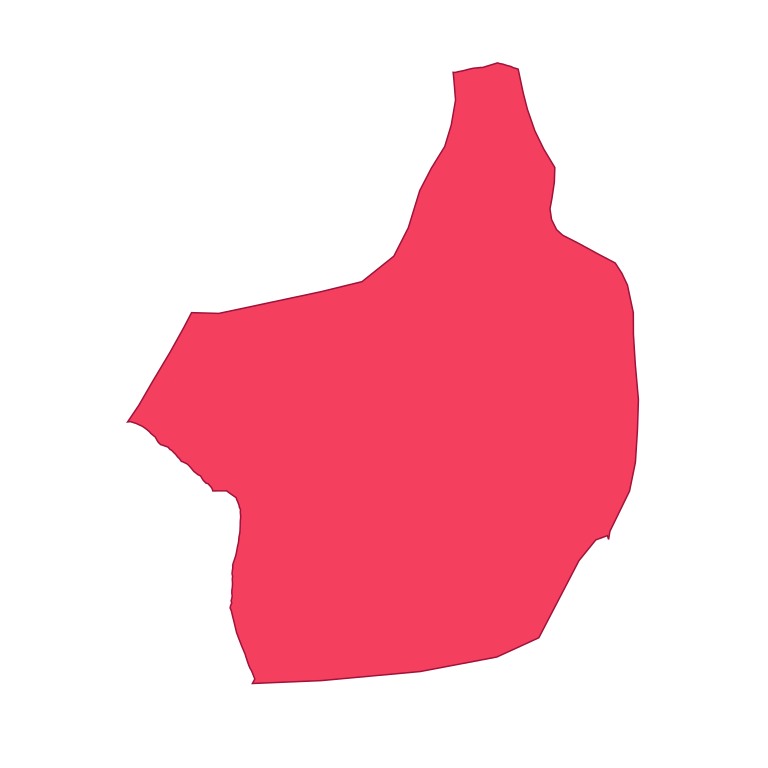 outline of Grande Riviere/Morne Serpent, Gros Islet, Saint Lucia, rotated 258°
{"feature_id": "8701671B88709297193728", "entity_name": "Grande Riviere/Morne Serpent", "entity_type": "district", "adm_level": 2, "iso_a3": "LCA", "parent_name": "Saint Lucia", "parent_adm1": "Gros Islet", "projection": "orthographic", "projection_center": [-60.96, 14.036], "detail": "fine", "context": "isolated", "style": "filled", "palette": "rose", "viewbox_px": 768, "rotation_deg": 258, "n_neighbors": 0, "source": "geoboundaries", "source_scale": "gbopen_adm2", "svg_char_len": 2737}
<svg xmlns="http://www.w3.org/2000/svg" viewBox="0 0 768 768"><g transform="rotate(258 384 384)"><path d="M315.0,194.3L314.2,198.3L312.2,207.9L311.2,208.7L309.9,209.8L308.3,211.3L305.6,213.8L305.0,214.3L303.7,215.7L301.5,215.9L300.3,216.2L298.7,216.5L296.8,216.8L295.4,217.0L293.5,216.9L291.2,217.5L288.5,216.8L286.3,216.5L285.2,216.4L283.1,216.0L280.4,215.1L277.6,214.4L274.9,213.8L274.2,213.6L271.0,212.8L269.3,212.3L268.3,212.0L267.2,211.5L265.5,210.8L264.9,210.5L261.8,209.5L261.1,209.3L259.8,208.9L257.7,208.0L257.1,207.7L255.5,206.9L254.4,206.5L251.8,205.4L249.6,204.5L247.2,203.4L245.2,202.3L243.4,201.2L242.6,200.8L240.4,199.4L237.9,198.2L236.9,198.1L235.8,197.9L232.3,196.6L230.0,195.9L227.3,195.9L224.7,195.0L221.3,194.5L218.9,194.0L218.0,193.7L216.7,193.4L214.2,192.4L213.1,192.1L210.9,191.6L208.6,191.5L206.2,190.7L203.8,189.4L201.4,189.5L200.7,189.0L199.0,187.8L196.9,186.9L196.1,187.1L193.8,187.5L189.7,187.6L188.7,187.6L180.3,187.9L179.3,187.9L171.4,188.1L168.4,188.6L165.3,189.0L162.5,189.5L157.4,190.3L149.6,191.8L148.5,192.0L146.8,192.1L142.0,192.6L137.1,193.2L136.0,193.4L134.0,193.8L132.6,194.3L130.6,194.9L124.7,195.9L122.3,196.3L118.4,193.0L106.9,261.1L95.2,359.8L93.5,437.7L103.6,482.7L170.7,538.0L187.5,558.8L189.1,570.0L189.2,570.9L185.3,571.4L192.9,574.3L228.2,601.9L255.0,613.6L286.1,622.3L315.7,629.6L351.0,633.9L380.7,638.3L401.9,642.7L430.1,642.7L442.8,639.7L454.3,635.3L466.5,620.6L481.5,603.1L492.3,589.8L494.9,587.9L499.1,584.9L510.0,582.1L520.8,582.8L531.0,587.0L546.0,592.6L560.2,596.1L580.6,589.1L600.3,584.2L622.7,581.4L639.6,580.7L655.3,580.7L663.4,580.7L664.1,580.7L664.8,579.5L666.5,576.3L668.3,574.0L669.4,571.7L670.2,570.2L672.3,566.5L673.2,564.2L674.5,561.8L673.1,546.1L673.5,544.7L673.7,542.2L674.3,537.1L674.3,533.6L674.2,530.6L674.0,527.4L674.0,524.1L674.1,521.5L673.9,519.1L674.1,517.9L674.5,516.4L667.7,515.7L646.8,513.0L623.3,503.6L603.7,492.8L585.4,475.3L565.8,459.2L531.8,440.3L507.0,420.2L488.7,383.8L487.4,340.7L487.4,313.8L487.4,289.6L487.4,237.1L493.8,210.6L481.2,200.2L459.5,181.3L434.4,158.0L414.3,139.9L400.2,125.3L399.9,128.2L399.1,129.5L397.0,133.3L394.5,136.6L392.9,138.8L390.9,140.7L390.2,141.3L388.6,142.7L386.1,144.6L385.4,145.0L384.2,145.6L381.7,147.6L380.6,148.4L379.8,149.2L377.8,149.8L376.1,150.3L373.9,151.1L371.9,152.4L371.0,153.1L370.2,154.7L367.1,159.7L364.5,161.0L363.4,162.4L360.2,164.4L358.6,165.5L355.3,167.1L353.8,168.2L353.2,168.5L350.4,169.7L349.9,170.8L349.5,171.3L346.9,174.6L345.3,175.9L342.9,177.3L340.6,178.5L338.6,179.5L338.0,179.8L336.1,181.5L333.9,183.2L332.8,184.8L331.9,185.6L329.1,186.5L327.1,187.3L325.1,188.6L324.1,189.2L323.1,191.1L319.9,193.0L318.4,193.8L316.6,194.2L315.0,194.3Z" fill="#f43f5e" stroke="#9f1239" stroke-width="1.5"/></g></svg>